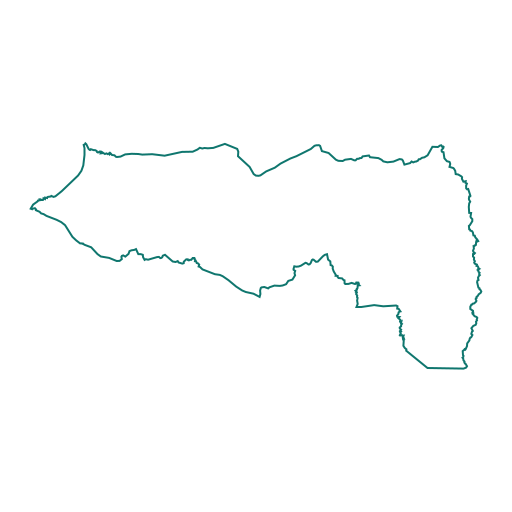 outline of Pech Chreada, Môndól Kiri, Cambodia
{"feature_id": "14789045B57856207537526", "entity_name": "Pech Chreada", "entity_type": "district", "adm_level": 2, "iso_a3": "KHM", "parent_name": "Cambodia", "parent_adm1": "Môndól Kiri", "projection": "mercator", "projection_center": [107.158, 12.644], "detail": "fine", "context": "isolated", "style": "outline", "palette": "teal", "viewbox_px": 512, "rotation_deg": 0, "n_neighbors": 0, "source": "geoboundaries", "source_scale": "gbopen_adm2", "svg_char_len": 6064}
<svg xmlns="http://www.w3.org/2000/svg" viewBox="0 0 512 512"><path d="M30.7,208.7L32.1,209.2L32.3,208.8L34.9,208.2L36.0,209.4L35.9,210.2L39.6,211.8L41.1,213.4L43.6,214.1L46.5,215.9L56.6,219.8L61.2,222.1L65.1,225.2L72.4,236.8L76.2,240.4L80.1,243.4L81.6,243.4L82.4,243.8L82.9,243.5L84.3,244.7L91.2,247.3L97.5,254.1L100.8,256.5L109.1,257.9L116.7,261.0L119.6,260.9L121.8,259.1L121.4,256.8L121.9,255.9L123.2,255.4L125.3,256.6L128.5,253.9L129.5,251.1L131.5,250.3L134.3,249.9L136.0,249.1L138.3,254.1L140.6,254.1L142.8,254.8L143.1,257.2L144.6,259.9L145.8,259.2L148.1,259.7L157.0,257.1L158.9,256.9L160.3,258.1L161.1,258.0L162.2,257.3L162.8,255.7L165.0,254.8L172.7,261.5L175.6,262.0L177.7,261.1L178.6,262.5L182.3,263.6L183.7,263.2L183.8,261.7L186.3,259.3L187.8,259.3L188.0,260.1L188.9,260.4L190.0,259.8L191.3,259.8L192.7,258.0L194.4,258.0L194.7,258.4L194.5,259.4L195.3,260.1L195.0,261.2L196.1,261.3L196.7,263.0L197.9,263.3L199.2,264.6L198.6,266.5L200.0,267.0L202.5,269.4L214.9,274.2L219.8,274.9L222.7,276.2L228.5,280.2L236.2,286.6L242.2,290.5L245.8,292.0L253.5,293.7L259.6,296.9L260.4,294.0L260.1,290.6L260.8,288.0L261.5,287.4L264.3,287.0L268.2,288.4L269.4,287.3L274.4,285.6L279.8,285.9L282.6,285.5L286.1,284.2L288.3,280.9L292.4,279.6L295.1,275.3L294.5,273.1L295.2,270.9L293.6,269.8L293.5,269.0L294.3,266.3L296.2,266.7L298.6,266.5L300.9,265.7L305.5,262.8L306.6,263.1L308.5,264.5L309.6,264.3L310.7,263.0L311.9,260.1L312.7,259.5L313.6,259.7L316.0,261.8L317.8,261.6L322.9,256.3L324.7,254.9L327.0,254.2L328.1,259.6L330.3,261.4L330.6,265.1L331.9,265.5L332.8,266.6L332.7,268.6L333.7,271.4L335.8,274.9L335.6,275.8L337.6,275.9L337.6,276.8L338.5,278.0L342.1,278.4L343.5,280.0L344.5,280.3L344.6,283.3L345.3,284.0L348.5,283.9L351.6,282.9L355.0,284.0L356.3,283.6L356.0,283.1L356.3,282.5L358.4,282.6L358.8,283.7L358.4,284.4L359.3,285.3L357.7,285.5L357.5,288.1L356.7,289.0L356.9,289.7L355.5,290.7L356.4,291.5L356.0,292.1L356.8,292.6L356.1,294.0L357.2,295.5L357.0,297.1L357.6,297.9L357.1,300.6L357.7,303.9L356.5,307.0L361.3,307.0L374.2,305.1L383.3,306.3L396.1,305.5L397.5,306.2L397.2,308.6L398.7,308.9L400.4,311.4L399.5,311.6L398.6,312.4L398.4,313.9L397.0,315.7L397.3,316.8L399.4,317.0L398.4,318.2L400.4,319.9L400.0,321.6L400.4,322.1L401.4,321.5L401.0,323.3L401.9,323.9L401.1,325.0L401.1,326.3L399.7,327.5L399.8,328.4L401.1,329.7L400.1,330.9L400.9,331.5L400.1,332.0L400.8,333.3L399.8,335.2L400.1,335.5L400.6,335.1L402.1,335.2L402.5,336.3L402.7,335.7L403.6,335.6L403.2,336.6L403.7,338.0L402.8,337.6L403.1,339.6L403.8,339.8L403.4,345.8L404.8,348.0L406.4,349.3L406.2,350.7L427.5,368.0L463.6,368.6L466.1,367.6L467.0,366.2L465.5,363.7L464.9,363.5L464.3,362.2L464.5,361.5L463.5,360.4L463.2,358.6L462.5,357.7L463.3,356.9L463.5,355.8L463.0,355.2L462.7,351.1L464.2,349.8L465.2,349.8L465.6,349.2L465.3,348.8L465.9,348.6L467.0,346.1L467.2,343.4L469.4,340.4L469.6,339.0L470.3,337.6L471.2,337.3L472.4,335.0L471.3,333.9L472.1,331.4L472.8,330.9L471.4,328.2L473.3,325.9L475.7,324.8L476.3,323.2L476.0,321.7L477.0,320.3L476.7,319.7L477.3,317.9L476.6,317.0L474.6,316.2L473.1,314.4L473.4,313.1L472.9,312.8L472.4,313.1L472.3,312.7L473.1,311.4L473.0,310.8L470.3,309.0L470.3,306.7L471.4,304.6L472.2,304.5L472.7,303.7L474.2,303.4L476.2,301.5L476.4,300.7L475.7,299.3L475.8,298.4L476.7,297.9L476.6,296.8L477.9,295.8L478.6,294.4L480.7,292.8L481.3,291.5L480.3,289.7L479.5,289.3L479.5,288.3L478.4,287.6L477.1,282.2L477.5,280.5L478.5,280.0L478.0,277.8L478.7,276.2L479.8,275.1L479.2,274.5L479.2,273.4L479.6,272.8L478.4,271.6L478.4,270.6L477.7,270.0L479.3,268.9L478.3,268.4L478.5,267.8L477.8,266.3L476.5,265.9L476.9,264.6L474.7,263.6L474.2,262.5L474.9,261.2L473.9,259.7L474.1,257.6L473.0,256.5L473.0,254.1L474.1,254.0L474.9,253.1L473.5,252.0L473.0,250.8L473.9,248.5L473.6,246.1L474.5,246.0L474.6,245.4L475.9,244.9L476.1,242.1L478.2,241.1L477.5,240.0L476.6,240.3L476.9,239.1L475.3,237.4L474.8,235.7L473.4,235.4L472.9,232.5L472.1,231.2L470.3,230.6L470.1,229.6L469.2,229.3L468.9,225.9L469.8,225.2L472.3,221.2L472.3,219.1L470.9,217.7L470.5,216.6L471.1,213.0L469.2,212.9L468.8,206.9L469.2,203.3L470.2,201.7L469.0,199.6L468.9,198.5L469.2,196.5L470.3,196.3L470.4,195.8L468.2,189.0L467.1,189.3L466.2,188.4L466.1,185.7L466.9,183.6L465.5,182.8L465.7,181.2L463.4,181.7L461.9,178.8L462.1,177.2L461.4,176.4L458.2,174.5L455.7,174.1L455.2,170.8L453.9,168.6L453.2,168.0L449.5,166.9L450.2,164.1L450.1,163.3L449.5,161.9L446.9,161.2L444.4,158.3L443.5,152.2L441.9,151.7L441.6,150.9L441.7,149.8L443.2,148.3L443.6,146.9L443.1,146.5L442.3,146.9L441.3,145.3L440.1,145.5L437.9,147.0L432.4,146.8L427.6,155.3L424.4,157.3L422.0,157.8L420.0,159.2L418.7,159.3L417.9,160.7L416.0,161.6L415.1,161.6L413.2,162.4L411.6,161.5L410.1,163.1L404.4,164.6L402.9,160.6L402.1,159.6L401.2,159.3L399.5,159.1L393.4,161.6L387.4,162.3L383.3,161.4L381.6,159.8L378.4,158.1L370.0,157.2L369.0,155.5L362.6,156.4L361.5,158.0L359.5,158.2L358.8,158.8L357.1,158.8L355.6,160.3L354.2,160.3L351.0,158.9L345.1,159.7L342.7,161.0L338.3,160.8L335.9,159.7L328.6,153.0L321.9,151.1L320.1,145.9L319.0,145.2L316.3,145.3L314.5,145.8L310.8,149.0L296.4,156.2L290.4,158.5L280.5,163.6L274.8,167.7L266.2,171.4L260.4,175.4L258.5,175.8L255.9,175.6L253.7,174.1L249.6,166.9L238.0,156.2L238.3,151.7L237.2,148.9L224.9,143.9L213.3,147.9L207.8,148.3L204.5,148.0L202.3,148.5L199.8,147.8L197.5,149.5L192.7,151.7L182.0,151.9L164.6,155.7L152.2,154.2L142.3,154.6L138.2,154.0L131.7,153.8L125.2,154.4L120.5,156.6L116.9,157.0L115.8,156.7L114.5,155.3L112.0,155.0L110.6,153.4L109.8,154.2L109.5,153.0L107.9,154.2L106.5,153.4L104.9,154.0L103.3,153.0L101.2,153.3L102.0,152.1L100.9,151.5L100.4,151.5L100.5,152.3L99.5,152.3L99.2,151.8L98.0,152.5L97.1,152.1L96.6,150.9L95.0,150.1L93.5,150.1L90.8,149.2L90.1,150.0L89.7,149.9L88.6,148.9L86.3,144.2L85.4,143.4L84.9,144.3L83.7,144.9L84.5,148.1L84.5,155.0L83.3,165.4L81.4,170.8L78.1,175.5L61.8,191.1L55.4,196.3L53.5,196.9L51.3,195.9L50.8,196.5L47.9,196.9L47.0,197.5L47.0,198.0L45.1,197.6L45.0,199.0L43.5,198.3L43.2,199.8L42.8,200.0L41.1,200.0L40.6,199.3L39.5,199.3L39.6,200.3L37.9,200.6L37.7,201.3L33.1,204.6L30.7,208.7Z" fill="none" stroke="#0f766e" stroke-width="2"/></svg>